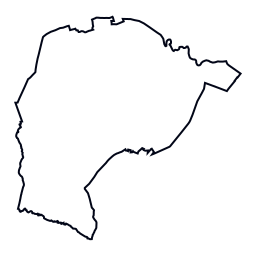 outline of Volovat, Suceava, Romania
{"feature_id": "2599482B46518062249673", "entity_name": "Volovat", "entity_type": "district", "adm_level": 2, "iso_a3": "ROU", "parent_name": "Romania", "parent_adm1": "Suceava", "projection": "albers", "projection_center": [25.892, 47.801], "detail": "fine", "context": "isolated", "style": "outline", "palette": "ink", "viewbox_px": 256, "rotation_deg": 0, "n_neighbors": 0, "source": "geoboundaries", "source_scale": "gbopen_adm2", "svg_char_len": 5554}
<svg xmlns="http://www.w3.org/2000/svg" viewBox="0 0 256 256"><path d="M91.8,239.1L92.0,237.7L92.1,237.1L92.3,236.7L92.6,235.7L92.7,234.8L93.0,234.6L93.9,232.7L94.2,232.3L94.5,231.2L95.7,229.1L96.0,228.5L96.3,227.9L96.5,222.9L96.4,222.1L95.6,220.7L94.9,220.0L94.4,219.3L93.9,218.6L93.2,217.3L93.1,216.9L93.4,215.8L93.7,215.2L93.7,213.6L93.8,213.1L93.7,211.9L93.8,211.6L94.0,210.2L92.9,208.8L91.8,207.6L89.7,198.8L88.0,193.2L84.8,188.9L84.8,187.9L89.2,183.8L94.3,176.9L97.3,172.1L105.1,163.9L105.8,163.2L107.6,160.9L109.0,159.4L112.4,156.3L114.2,154.9L116.8,153.5L118.1,153.1L120.0,152.3L121.6,151.8L125.4,149.3L126.0,150.6L126.7,150.6L127.4,150.8L128.0,151.1L128.2,149.6L128.8,149.7L129.3,149.9L130.5,150.1L130.4,151.3L130.9,151.4L130.7,152.4L131.6,152.3L132.1,152.3L132.5,152.0L133.0,151.2L133.5,151.8L134.3,152.2L137.7,153.5L138.4,151.5L140.6,149.6L142.2,148.1L143.7,148.8L143.1,149.4L143.6,150.0L144.7,150.5L145.3,150.7L147.9,150.5L147.7,152.9L150.9,149.2L151.2,149.3L151.8,148.8L153.9,152.0L152.2,154.4L154.9,153.3L169.4,146.8L170.1,146.3L181.3,132.5L188.5,123.4L189.6,121.7L190.2,120.5L192.6,114.6L197.3,101.3L201.8,93.1L203.9,89.1L204.1,88.4L205.0,82.9L218.0,87.7L226.9,91.1L228.4,88.9L234.8,81.1L234.6,80.9L237.3,77.3L237.6,77.5L240.6,73.6L231.5,67.2L229.2,65.6L227.5,64.2L226.8,62.9L226.2,61.2L222.8,61.6L219.9,61.6L217.9,61.4L215.0,62.3L212.8,62.6L210.3,61.8L208.6,60.8L206.3,60.3L204.7,60.8L202.9,61.6L201.4,62.9L200.6,64.4L199.7,65.2L198.5,65.4L197.5,65.1L196.7,63.9L196.2,62.5L196.2,61.2L196.0,60.4L194.9,59.5L193.0,59.4L191.9,59.0L190.4,58.2L189.7,57.2L189.1,55.4L188.6,53.4L188.8,49.2L188.1,47.5L187.6,46.5L186.8,46.5L186.2,47.0L185.8,47.6L184.7,48.0L183.6,48.0L183.1,47.4L182.1,46.8L180.4,46.9L179.5,47.1L179.3,47.6L179.3,48.4L179.1,49.0L178.6,49.5L177.3,50.2L175.2,49.8L174.4,50.3L173.8,51.0L173.3,50.8L172.7,50.2L172.1,49.1L170.6,45.9L170.2,45.3L169.5,44.6L169.7,44.1L170.7,43.7L171.0,42.9L171.0,41.4L170.5,40.0L170.0,39.5L168.9,39.5L167.7,40.1L166.7,41.3L166.4,43.1L166.4,45.8L165.8,46.2L165.3,46.0L164.3,44.1L163.3,38.8L162.3,37.2L160.7,34.9L156.9,32.4L149.5,27.2L143.9,23.4L139.1,21.0L134.5,20.1L130.6,19.1L122.8,18.9L123.7,21.4L116.6,24.3L113.9,24.2L111.7,24.3L111.7,23.6L111.3,21.0L113.9,21.0L112.9,17.5L112.5,16.8L110.9,17.5L109.5,18.0L108.2,18.0L106.5,17.9L104.8,18.0L100.1,17.9L98.2,17.7L96.2,17.7L95.8,18.0L92.0,19.6L92.3,20.6L92.6,21.9L92.7,23.2L92.8,24.5L93.0,25.3L93.2,26.3L92.6,27.4L92.4,28.1L92.4,28.6L92.5,29.1L93.1,29.7L92.6,29.9L91.8,30.0L90.6,30.5L89.1,30.8L87.1,31.6L86.2,32.1L85.3,32.3L84.6,32.2L83.5,31.5L82.8,31.3L82.1,31.2L81.3,31.2L79.9,31.9L79.2,32.0L78.6,32.0L78.1,31.0L77.7,30.3L76.4,30.4L75.3,28.7L74.5,29.0L72.4,29.5L70.1,30.1L70.0,29.6L68.8,25.8L67.1,26.2L63.1,27.7L60.0,28.1L55.4,30.2L50.8,31.8L46.6,34.1L43.9,36.2L43.0,37.1L41.7,42.0L38.7,54.5L37.6,58.6L36.4,64.6L35.6,69.6L35.4,72.1L34.5,73.1L32.7,74.9L30.4,77.4L28.8,78.7L28.1,79.1L24.4,87.5L19.6,97.9L17.6,102.6L15.4,102.7L18.3,110.9L22.1,121.5L20.5,121.8L20.9,123.7L20.8,123.9L20.0,124.1L19.5,124.4L19.5,124.7L20.3,125.7L20.6,126.4L20.7,126.6L20.6,126.9L20.7,127.1L20.4,127.2L20.5,127.5L20.4,127.7L19.9,127.8L18.6,129.1L18.1,130.0L17.9,130.6L17.9,131.2L18.3,131.7L18.3,132.0L18.2,132.2L17.7,132.4L17.2,132.4L17.0,132.8L16.7,133.6L16.3,134.9L16.2,135.9L16.3,136.8L16.6,137.1L16.9,137.5L17.0,138.0L17.7,138.4L18.0,138.8L18.3,139.8L18.8,141.1L19.1,141.6L19.2,142.1L19.6,142.9L19.9,143.2L20.4,144.0L20.8,144.8L21.0,145.4L20.9,146.1L21.0,146.4L21.3,146.9L21.4,147.2L21.2,147.7L21.2,148.0L21.5,148.4L22.1,149.4L22.2,150.0L22.1,150.6L21.8,151.1L21.9,151.5L22.2,152.0L22.5,152.5L22.7,152.8L22.3,154.0L22.4,154.7L22.6,154.9L22.8,155.7L22.8,156.3L23.2,157.0L23.2,157.3L22.8,158.2L22.3,158.6L21.5,159.9L20.2,163.1L20.2,164.4L20.4,165.4L20.5,166.4L20.2,167.1L19.8,168.0L19.0,170.2L18.9,170.9L18.8,172.5L18.9,173.1L19.2,173.6L19.4,174.1L19.9,174.8L20.8,175.9L21.6,176.4L22.0,176.9L22.3,177.4L22.4,177.8L22.5,178.3L22.7,178.6L22.8,179.1L22.7,179.8L22.7,180.2L23.2,181.4L23.9,184.1L23.9,184.8L23.8,185.6L23.1,187.1L21.5,193.2L21.3,194.4L21.1,194.7L20.4,198.5L19.4,203.3L18.0,208.8L18.6,208.9L19.1,209.3L19.4,209.8L19.4,210.5L20.0,211.5L20.3,211.7L20.7,211.8L21.1,211.1L22.2,211.0L23.0,210.7L23.4,210.0L24.6,208.7L25.1,208.6L25.3,208.7L25.3,209.0L25.6,209.9L26.0,210.1L26.4,210.1L26.6,210.2L26.7,210.4L26.7,211.0L27.1,211.6L28.1,212.3L28.5,212.4L29.5,211.8L30.8,211.1L31.1,211.1L31.5,211.3L31.9,211.6L32.1,211.9L32.2,212.3L32.2,213.0L32.4,213.2L32.8,213.3L33.6,213.2L34.1,213.4L34.6,213.8L36.7,214.1L37.5,213.9L37.6,213.7L37.9,213.7L38.1,213.9L38.3,214.4L38.3,214.7L38.1,215.2L38.2,215.4L38.5,215.4L38.8,215.4L39.0,214.6L39.1,214.4L39.5,214.3L39.8,214.4L40.5,215.1L41.2,214.8L41.6,214.8L42.4,215.6L43.1,215.9L43.6,216.3L43.9,216.8L44.1,218.3L47.1,219.9L50.1,220.9L50.6,220.9L50.9,220.6L51.3,220.4L51.5,220.5L52.7,221.5L53.3,221.8L53.7,221.6L54.2,221.3L54.5,221.3L54.8,221.5L55.0,221.8L56.4,221.5L57.5,221.0L57.9,221.3L58.1,221.5L58.1,222.1L57.7,222.7L57.9,222.8L58.4,222.9L59.1,222.8L59.7,222.7L60.8,222.6L61.3,222.8L61.3,223.0L61.0,223.2L61.0,223.4L61.1,223.7L61.3,223.9L61.7,223.9L63.0,223.0L63.5,222.8L63.5,223.3L63.8,224.0L64.1,224.3L64.2,224.2L64.3,223.9L64.5,224.0L65.3,224.6L65.5,224.6L65.8,224.4L65.9,224.1L65.9,223.7L66.0,223.6L66.3,223.9L67.3,224.1L69.0,225.2L69.6,225.6L70.5,225.8L70.9,226.5L71.5,227.2L72.3,227.7L72.8,228.4L73.1,228.6L75.1,228.7L76.0,229.0L78.0,232.0L78.6,232.1L80.2,233.5L85.4,236.7L86.3,236.8L87.1,237.1L87.5,237.6L87.4,238.1L87.4,238.4L87.8,238.5L88.2,238.4L90.0,239.2L91.8,239.1Z" fill="none" stroke="#020617" stroke-width="2"/></svg>